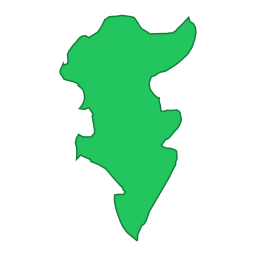 outline of Mashtul Al-Suq, Ash Sharqiyah, Egypt
{"feature_id": "37247803B39026546430649", "entity_name": "Mashtul Al-Suq", "entity_type": "district", "adm_level": 2, "iso_a3": "EGY", "parent_name": "Egypt", "parent_adm1": "Ash Sharqiyah", "projection": "mercator", "projection_center": [31.372, 30.36], "detail": "fine", "context": "isolated", "style": "filled", "palette": "green", "viewbox_px": 256, "rotation_deg": 0, "n_neighbors": 0, "source": "geoboundaries", "source_scale": "gbopen_adm2", "svg_char_len": 2725}
<svg xmlns="http://www.w3.org/2000/svg" viewBox="0 0 256 256"><path d="M137.0,240.6L137.5,239.8L137.5,237.3L137.6,234.7L141.6,225.8L144.1,224.0L146.1,220.8L149.4,211.3L168.0,179.4L169.7,176.5L171.0,173.3L175.6,164.8L175.7,161.9L177.0,158.7L176.8,155.0L176.5,151.0L174.7,149.7L170.2,148.3L167.1,148.3L163.3,146.9L161.8,145.7L161.3,145.3L166.0,139.1L167.0,139.2L169.0,137.9L175.4,130.4L177.4,128.5L179.3,125.3L180.7,122.2L181.3,119.6L180.4,114.5L180.2,113.2L179.0,111.2L176.5,109.9L172.7,110.5L170.8,110.4L167.0,110.3L163.2,111.5L160.8,110.8L160.7,109.2L160.3,105.2L159.1,101.4L159.1,98.8L159.3,98.0L157.1,97.3L154.0,94.7L151.5,91.4L149.7,88.2L149.2,83.0L151.2,76.7L155.0,75.5L159.5,72.4L165.4,71.1L167.3,70.1L173.1,66.4L177.6,63.3L184.0,57.7L187.9,53.9L191.8,47.6L194.5,40.0L195.9,33.0L195.4,27.2L194.7,26.2L194.1,25.2L193.5,23.9L191.6,22.6L189.8,21.3L188.7,17.3L181.5,25.0L178.2,28.1L176.3,30.0L175.6,31.2L171.8,33.1L169.9,33.0L166.1,33.6L162.9,33.5L151.5,33.9L150.2,33.9L148.1,32.6L141.5,28.6L140.2,26.8L139.6,26.0L137.8,22.7L135.9,20.1L134.6,18.3L134.1,17.5L132.0,17.0L131.5,16.8L122.1,15.4L118.9,15.9L115.1,16.5L112.5,16.4L108.7,17.0L105.5,19.5L104.9,19.5L101.6,26.5L97.7,32.1L93.8,34.6L89.6,37.2L89.1,37.5L88.7,37.7L85.6,35.7L81.7,36.3L79.2,38.2L77.2,40.7L74.6,43.8L73.3,45.1L71.4,47.6L68.8,51.4L67.5,54.6L68.0,59.1L67.9,62.9L67.5,63.3L66.7,64.2L63.5,64.8L63.3,63.6L62.8,64.7L62.3,65.8L62.0,66.3L60.8,69.0L60.1,70.7L60.1,71.2L60.2,73.4L61.8,75.6L63.0,77.4L63.1,77.7L63.3,78.0L63.9,79.0L64.3,79.2L68.0,80.4L72.5,81.4L73.0,81.6L75.0,82.3L76.6,82.9L78.9,84.9L78.2,85.4L79.5,86.5L82.7,89.4L84.2,93.4L84.3,94.0L84.4,95.7L84.6,97.7L84.3,100.1L83.9,101.2L82.9,103.8L82.0,105.5L80.9,106.8L79.4,108.6L81.2,108.9L83.7,109.3L85.7,109.1L86.6,108.6L87.6,108.0L88.5,107.5L89.0,108.1L90.0,109.5L92.2,112.7L92.4,113.0L93.2,114.1L92.2,115.8L92.4,117.3L93.6,124.0L94.5,129.3L94.6,133.0L93.7,134.1L92.8,135.0L91.1,137.0L82.8,136.9L78.7,134.4L76.8,137.4L76.5,138.2L75.4,142.5L76.5,146.7L76.7,147.6L76.9,153.1L76.9,153.6L76.7,157.2L76.5,159.3L77.4,158.4L80.5,155.1L89.1,158.9L90.3,159.4L90.7,161.3L91.3,161.6L94.1,162.7L99.0,164.8L99.7,165.2L102.2,166.7L105.5,168.6L108.5,171.9L113.2,177.6L114.3,178.8L121.0,186.3L122.1,186.8L122.3,187.4L123.1,189.6L123.2,189.9L125.2,191.6L125.1,192.0L124.5,193.4L123.6,194.0L122.7,194.6L121.1,194.5L119.0,194.4L118.2,194.3L117.3,194.5L115.8,194.8L114.7,195.0L114.5,197.8L114.5,198.6L114.4,200.0L114.7,202.0L115.4,206.0L115.7,207.4L116.3,209.8L117.0,212.1L118.2,215.4L119.8,219.8L120.6,221.9L121.9,224.6L123.0,226.9L123.4,227.3L124.3,228.6L126.4,231.5L127.7,233.0L129.0,234.1L130.7,235.5L132.6,237.0L134.2,238.3L135.1,239.1L136.0,239.8L137.0,240.6Z" fill="#22c55e" stroke="#15803d" stroke-width="1.5"/></svg>